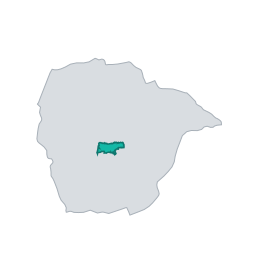 location of Mhondoro-Ngezi, Mashonaland West, Zimbabwe, rotated 159°
{"feature_id": "62879985B70697135902781", "entity_name": "Mhondoro-Ngezi", "entity_type": "district", "adm_level": 2, "iso_a3": "ZWE", "parent_name": "Zimbabwe", "parent_adm1": "Mashonaland West", "projection": "mercator", "projection_center": [30.094, -18.569], "detail": "fine", "context": "in_parent", "style": "filled", "palette": "teal", "viewbox_px": 256, "rotation_deg": 159, "n_neighbors": 0, "source": "geoboundaries", "source_scale": "gbopen_adm2", "svg_char_len": 5624}
<svg xmlns="http://www.w3.org/2000/svg" viewBox="0 0 256 256"><g transform="rotate(159 128 128)"><path d="M177.8,210.0L175.7,208.6L172.9,207.6L169.3,207.2L164.6,207.4L158.8,208.2L152.6,207.2L146.0,204.6L140.6,203.7L134.0,204.8L133.7,204.8L132.6,203.9L130.8,202.0L127.8,201.7L127.0,201.2L126.3,200.5L125.9,199.6L125.7,198.5L126.2,195.4L125.9,195.0L125.1,194.6L123.5,194.3L119.6,192.8L114.6,191.4L106.6,189.9L103.5,189.5L102.8,189.0L101.9,187.9L100.3,184.2L98.9,181.8L95.4,178.1L94.9,177.0L95.0,174.0L95.3,171.7L95.7,169.7L95.5,167.8L95.4,165.5L95.6,163.9L95.1,163.2L93.8,162.7L90.3,162.5L86.0,162.6L85.8,160.3L85.4,156.6L84.6,154.5L83.6,153.4L81.6,152.3L77.6,150.7L72.1,148.3L67.5,144.8L62.1,140.4L60.5,139.7L58.5,135.6L55.5,128.6L55.7,126.3L55.2,125.1L52.3,121.7L51.6,119.9L51.1,118.1L46.5,113.1L44.9,110.9L43.7,108.1L42.5,105.9L41.5,105.0L40.2,103.4L39.2,101.7L38.8,100.4L39.2,98.7L39.6,97.5L44.0,98.7L46.5,98.8L48.3,98.2L50.7,99.0L53.5,101.3L56.5,101.7L59.8,100.3L64.2,100.7L69.8,103.0L74.5,103.5L80.0,101.4L84.9,95.9L89.6,90.7L94.1,84.7L96.9,79.9L100.9,75.9L106.2,72.9L111.6,70.3L119.9,67.2L121.5,64.6L122.1,61.8L122.1,57.9L122.5,55.4L123.4,54.2L124.7,53.3L126.5,52.2L132.0,49.2L136.5,47.3L142.1,46.1L148.2,46.0L154.0,46.0L157.4,46.0L157.4,49.8L157.7,54.0L158.3,54.4L162.7,54.5L169.8,54.8L176.6,55.1L181.0,58.2L182.4,58.8L187.0,59.6L192.7,64.8L199.7,65.2L204.5,66.8L208.7,68.6L211.1,70.7L212.7,71.2L214.8,71.3L215.8,71.5L215.6,73.1L214.2,75.6L214.4,79.3L216.3,84.5L216.6,88.9L216.0,96.8L216.0,104.4L216.2,107.2L216.5,109.0L216.9,110.0L216.9,111.1L215.7,114.3L214.8,117.7L214.7,119.1L214.4,120.0L213.7,120.9L210.7,122.5L210.1,123.4L210.1,125.2L210.5,126.7L211.7,127.2L213.0,128.0L213.6,129.1L213.6,130.3L213.2,132.5L211.9,136.1L213.1,140.2L214.5,142.8L216.4,145.9L217.2,147.9L217.1,149.2L216.9,150.6L214.0,156.2L212.0,159.8L209.5,163.5L206.2,165.9L205.4,167.1L205.1,168.4L205.2,171.2L205.0,174.2L202.2,178.8L204.0,182.7L203.6,183.1L202.6,183.6L198.6,188.1L194.5,192.6L191.5,195.9L188.1,199.6L184.3,203.8L181.0,207.4L177.8,210.0Z" fill="#d9dde1" stroke="#a8b0b8" stroke-width="1"/><path d="M149.1,107.9L148.3,108.7L148.8,109.3L148.6,109.7L148.9,109.8L148.4,110.7L148.3,111.3L148.6,111.3L148.6,111.6L148.3,111.6L148.1,111.8L148.0,112.0L147.4,111.8L147.1,112.3L146.1,112.5L144.7,111.7L144.5,111.8L144.5,112.5L144.4,112.7L144.4,113.0L144.2,113.1L143.8,113.0L143.7,112.9L143.6,113.0L143.4,112.8L143.2,112.8L143.1,112.7L142.9,112.7L142.3,112.4L142.2,112.3L141.9,112.3L141.7,112.3L141.6,112.2L141.2,112.2L141.2,112.3L141.0,112.2L140.9,112.0L140.9,111.9L140.6,111.9L140.6,111.7L140.4,111.7L140.2,111.7L140.1,111.8L140.0,111.7L139.9,111.5L139.8,111.4L139.7,111.4L139.4,111.3L139.2,111.3L138.9,111.4L138.8,111.5L138.7,111.4L138.6,111.6L138.3,112.2L138.3,112.6L138.4,112.8L138.2,112.9L138.2,113.1L137.9,113.4L137.9,113.6L138.0,113.8L138.0,114.0L137.9,114.1L138.0,114.2L138.0,114.3L138.0,114.5L138.1,114.9L138.0,115.0L137.8,115.2L137.8,115.4L137.9,115.8L138.1,116.2L138.0,116.3L138.1,116.5L138.3,116.5L138.5,116.4L138.9,116.4L139.0,116.4L139.4,116.7L139.5,116.9L139.8,117.1L140.0,117.3L140.3,117.3L140.5,117.1L140.9,117.2L141.2,117.3L141.3,117.2L141.6,117.3L141.9,117.2L142.1,117.2L142.2,117.4L142.2,117.7L142.2,117.8L142.2,118.0L142.4,118.0L142.6,118.0L142.7,117.8L142.8,117.8L143.2,117.7L143.1,117.9L143.3,118.0L143.5,118.1L143.7,118.3L143.7,118.5L143.8,118.7L144.0,118.7L144.2,118.8L144.3,118.9L144.5,118.9L144.5,118.7L144.8,118.7L144.8,118.8L144.9,119.1L145.0,119.1L145.3,119.0L145.5,119.1L145.6,119.3L145.7,119.2L145.8,119.4L146.1,119.3L146.2,119.2L146.3,119.3L146.5,119.4L146.6,119.2L146.8,119.2L147.1,119.0L147.6,119.0L147.7,118.9L147.8,118.9L147.8,119.1L148.0,119.2L148.1,119.3L148.4,119.2L148.5,119.2L148.6,119.5L148.8,119.6L149.0,119.4L149.4,119.4L149.5,119.5L149.8,119.6L149.9,119.8L150.1,119.8L150.4,119.8L150.5,119.8L150.8,119.9L151.0,119.9L151.3,119.8L151.5,119.9L151.7,120.0L151.8,120.0L152.0,120.0L152.3,120.1L152.6,120.2L152.6,120.3L152.8,120.4L153.0,120.6L153.1,120.8L153.2,121.0L153.3,121.3L153.5,121.3L153.8,121.3L154.0,121.4L154.1,121.5L154.2,121.4L154.3,121.6L154.4,121.8L154.5,121.9L154.6,122.0L154.6,121.9L154.7,122.0L154.9,121.9L155.0,121.7L155.4,121.8L155.5,121.8L155.6,122.0L155.8,122.1L155.7,122.2L155.7,122.3L155.8,122.4L156.0,122.5L156.4,122.7L156.4,122.8L156.5,123.0L156.5,122.9L156.8,123.0L157.1,123.0L157.2,122.8L157.3,122.8L157.3,123.0L157.5,123.2L157.7,123.3L157.8,123.3L157.9,123.2L158.1,123.5L158.4,123.7L158.4,123.8L158.5,123.9L158.5,124.0L158.9,124.2L159.0,124.2L159.2,124.3L159.4,124.2L159.5,124.2L159.7,124.3L159.8,124.5L160.4,124.4L160.6,124.2L161.1,123.6L161.1,122.2L162.0,122.0L162.1,120.8L162.3,120.5L162.0,119.3L162.7,119.9L162.9,119.2L163.1,120.2L163.8,118.9L163.9,118.7L164.5,118.0L164.5,117.9L164.4,117.8L165.8,116.2L165.8,115.3L165.8,114.7L165.5,115.2L165.4,115.3L165.2,115.8L164.9,115.8L164.8,115.7L164.6,115.7L164.4,115.8L164.1,115.7L163.7,115.5L163.4,115.5L163.2,115.5L163.1,115.4L162.7,115.3L162.5,115.2L162.3,115.3L162.2,115.4L161.9,115.3L161.7,115.4L161.4,115.4L161.4,115.5L161.2,115.7L160.9,115.7L160.7,115.6L160.5,115.3L160.4,115.3L160.2,115.3L160.1,115.2L159.7,115.0L159.5,114.9L159.4,114.9L159.2,115.0L158.9,114.8L158.7,114.8L158.5,114.6L159.2,113.1L158.2,113.0L157.4,112.3L157.0,112.6L156.4,112.5L155.9,112.5L154.9,112.4L154.1,112.2L154.0,111.9L153.9,111.8L153.8,111.7L153.6,111.6L153.5,111.8L153.5,111.7L153.4,111.7L153.2,111.6L152.9,111.7L152.8,111.8L152.7,111.9L152.7,111.7L152.6,110.8L150.5,110.9L150.8,110.3L151.2,109.9L151.1,109.6L150.9,109.7L150.5,109.0L150.3,109.3L150.1,108.3L149.8,108.7L149.1,107.9Z" fill="#14b8a6" stroke="#0f766e" stroke-width="1.5"/></g></svg>